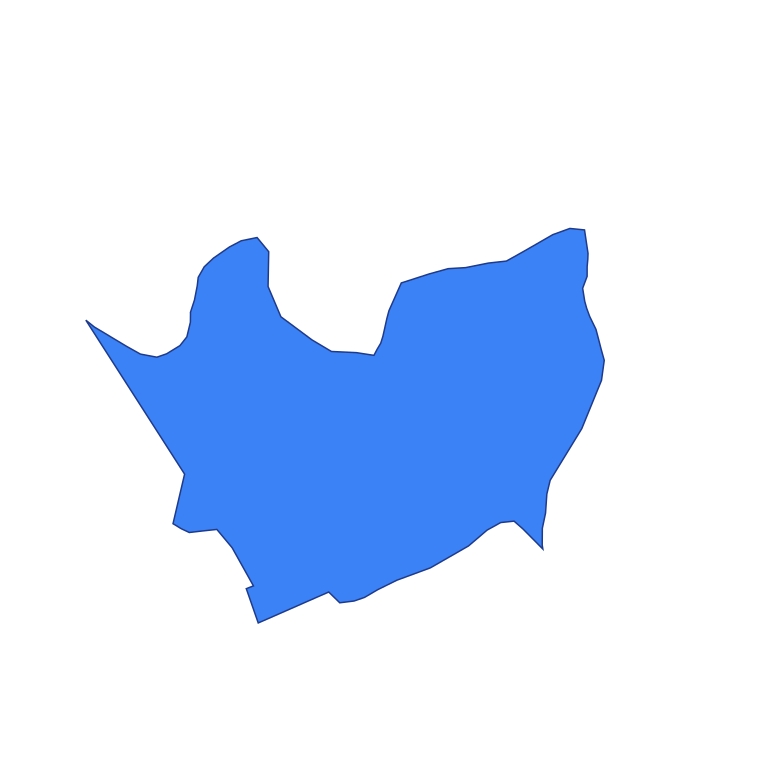 the district of Pusa, Sarawak, Malaysia, rotated 234°
{"feature_id": "92858781B40387139442699", "entity_name": "Pusa", "entity_type": "district", "adm_level": 2, "iso_a3": "MYS", "parent_name": "Malaysia", "parent_adm1": "Sarawak", "projection": "equal_earth", "projection_center": [111.164, 1.539], "detail": "fine", "context": "isolated", "style": "filled", "palette": "blue", "viewbox_px": 768, "rotation_deg": 234, "n_neighbors": 0, "source": "geoboundaries", "source_scale": "gbopen_adm2", "svg_char_len": 1191}
<svg xmlns="http://www.w3.org/2000/svg" viewBox="0 0 768 768"><g transform="rotate(234 384 384)"><path d="M332.9,595.0L344.7,601.0L351.7,611.6L359.5,617.3L365.0,622.1L369.7,625.8L390.8,636.8L400.6,625.8L405.6,608.4L409.2,574.7L411.5,555.3L420.5,539.5L430.2,518.4L439.6,503.7L446.3,485.8L455.6,457.4L440.4,431.1L435.3,424.8L428.3,416.9L423.2,411.1L418.9,405.3L416.2,399.0L413.1,392.7L425.6,380.1L441.2,360.6L461.9,351.7L499.0,340.1L531.0,347.5L558.8,368.5L577.1,367.4L583.8,352.7L585.7,339.6L586.1,320.1L584.5,307.5L579.5,296.4L573.2,290.6L563.4,280.1L555.7,269.5L554.5,268.7L547.8,263.7L538.0,252.2L535.0,241.5L536.2,225.9L539.2,216.0L551.4,204.5L565.5,198.0L600.3,183.2L610.9,180.3L428.3,169.7L395.0,131.2L386.1,134.9L378.3,139.2L372.4,149.7L364.6,163.3L340.8,164.9L297.4,159.7L299.4,152.3L264.6,141.8L248.2,217.0L233.0,219.6L226.0,232.3L222.8,242.8L221.3,258.0L217.7,279.1L208.0,313.5L203.3,357.2L205.2,381.6L203.3,397.0L196.6,408.6L185.1,411.2L157.1,415.5L160.8,417.4L174.2,427.3L184.6,438.8L199.3,451.1L208.4,461.8L231.6,517.7L259.1,562.1L273.7,576.1L284.7,580.2L295.1,584.3L303.6,587.6L317.7,590.1L326.2,592.5L332.9,595.0Z" fill="#3b82f6" stroke="#1e3a8a" stroke-width="1.5"/></g></svg>